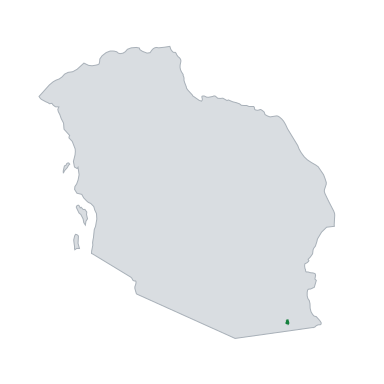 Bukoba Urban, Kagera, United Republic of Tanzania (highlighted), rotated 172°
{"feature_id": "72390352B77165247512892", "entity_name": "Bukoba Urban", "entity_type": "district", "adm_level": 2, "iso_a3": "TZA", "parent_name": "United Republic of Tanzania", "parent_adm1": "Kagera", "projection": "robinson", "projection_center": [31.824, -1.321], "detail": "fine", "context": "in_parent", "style": "filled", "palette": "green", "viewbox_px": 384, "rotation_deg": 172, "n_neighbors": 0, "source": "geoboundaries", "source_scale": "gbopen_adm2", "svg_char_len": 4473}
<svg xmlns="http://www.w3.org/2000/svg" viewBox="0 0 384 384"><g transform="rotate(172 192 192)"><path d="M143.2,278.1L139.2,275.7L135.5,274.2L132.5,272.6L131.1,271.0L128.3,270.4L125.9,270.1L123.6,268.7L119.0,268.1L118.5,267.1L118.4,265.0L117.6,264.4L115.9,263.8L114.1,263.9L113.0,264.2L112.3,264.0L110.8,262.7L109.4,261.1L108.9,258.5L106.7,256.8L104.3,255.5L97.5,255.6L96.4,255.2L94.8,253.9L92.9,251.7L91.4,249.3L90.0,245.9L88.6,241.3L80.8,223.2L80.0,219.7L78.5,215.9L76.0,211.2L73.3,207.8L69.7,204.6L65.7,201.5L63.5,199.4L59.3,190.8L58.4,186.8L57.7,182.7L58.0,181.0L60.6,175.7L60.9,174.1L60.6,172.1L59.3,167.9L57.6,162.7L54.3,153.3L53.8,150.9L53.9,149.1L55.8,139.6L55.8,138.2L63.6,138.4L69.3,134.2L74.3,128.0L75.3,125.4L77.3,121.3L79.3,119.3L80.1,118.0L81.2,114.0L83.8,111.2L86.4,109.2L85.8,107.7L86.2,107.2L87.6,106.1L90.3,105.1L90.8,103.0L90.8,100.6L90.4,99.3L90.5,97.8L90.0,96.9L88.3,96.7L85.7,95.5L83.4,95.0L82.0,94.3L81.4,93.8L81.2,92.4L82.4,88.7L81.2,87.2L83.9,81.2L84.4,80.4L85.4,80.3L87.0,79.7L88.4,79.4L89.6,79.6L90.5,79.4L91.2,78.7L91.9,76.6L92.4,73.2L92.1,70.4L91.0,68.2L90.7,64.9L91.2,60.5L90.8,56.8L89.6,53.9L88.3,52.1L86.3,51.3L83.3,46.8L82.3,44.6L82.5,43.3L83.5,42.7L85.5,42.9L87.4,42.4L89.1,41.2L90.8,40.8L91.6,41.0L169.7,41.0L260.9,98.6L261.3,99.3L262.0,104.3L261.8,106.0L260.4,108.8L260.0,110.3L260.0,111.4L260.3,111.8L261.5,111.9L262.6,112.6L262.9,113.1L263.7,115.3L264.7,116.4L299.3,144.7L300.1,145.1L299.6,147.5L297.6,153.2L297.5,155.6L296.7,158.4L296.0,160.3L294.0,168.4L292.3,171.4L290.0,178.5L289.6,183.9L290.8,187.7L291.3,191.3L293.9,194.8L296.1,196.1L297.5,197.7L300.1,201.3L301.5,205.0L306.1,206.8L307.9,210.9L307.2,213.7L305.1,216.0L303.1,219.8L301.4,224.8L301.4,232.4L302.5,231.2L304.9,233.1L305.2,238.7L302.6,245.2L301.9,248.3L301.7,250.9L303.5,258.7L306.3,262.7L306.0,263.9L305.3,265.0L310.0,272.0L309.6,278.1L311.3,282.9L312.1,287.0L313.2,290.2L313.4,292.4L312.0,294.8L315.4,295.4L317.4,297.4L318.4,299.3L320.8,299.2L322.2,300.5L324.1,301.6L328.4,304.8L329.5,306.4L330.2,307.9L318.3,317.9L314.1,320.5L311.0,321.7L307.8,322.4L304.7,324.0L301.7,326.5L298.0,327.7L293.5,327.7L288.7,329.5L281.1,334.7L276.8,331.8L273.4,330.9L269.4,331.0L267.0,331.3L266.1,331.9L265.4,333.7L264.7,336.6L262.1,339.4L257.6,342.0L253.4,343.0L249.6,342.4L247.0,341.3L245.6,339.7L243.7,339.0L241.0,339.1L238.5,340.2L236.1,342.3L232.2,343.2L227.0,342.9L224.1,341.9L223.8,340.2L221.5,338.2L217.2,335.8L214.1,335.8L212.1,338.0L210.3,339.4L208.6,340.0L207.1,340.1L205.0,339.4L199.2,339.2L193.7,339.3L193.1,336.1L192.0,334.1L191.0,332.9L189.1,332.6L188.5,331.7L187.9,329.7L187.0,328.0L185.7,326.6L185.0,325.3L184.7,324.1L184.9,322.7L186.1,319.4L186.5,317.1L186.4,314.8L185.7,312.4L184.4,309.6L184.6,308.8L184.1,306.9L184.1,305.5L184.4,303.8L184.1,301.6L183.0,296.9L183.0,295.6L181.8,293.3L178.1,287.9L178.0,287.2L172.2,281.8L169.9,280.6L169.1,281.6L168.8,282.5L169.0,284.3L168.9,285.2L168.6,285.5L167.2,285.5L166.4,285.3L164.2,283.8L162.5,283.5L158.3,283.7L156.8,284.1L155.6,283.7L153.4,281.2L150.8,280.7L148.4,280.6L144.6,277.7L143.2,278.1ZM306.8,186.9L308.7,192.9L308.4,194.0L307.1,194.7L306.4,194.8L305.5,193.8L304.9,191.8L303.9,192.3L302.2,189.8L300.5,189.7L299.0,186.8L299.6,184.3L299.2,180.0L301.1,177.8L302.2,174.1L303.4,176.7L303.6,180.6L305.2,185.2L306.8,186.9ZM316.1,151.1L316.2,152.5L315.9,153.9L315.9,158.1L315.8,161.0L314.3,164.9L313.2,166.3L312.1,165.9L311.3,165.2L310.6,164.2L312.0,157.0L311.3,151.7L314.0,152.2L316.1,151.1ZM311.9,237.7L310.6,238.1L310.0,237.8L309.2,236.6L310.6,235.6L312.0,233.6L315.3,230.8L316.8,228.5L316.6,230.7L314.7,235.6L313.2,235.9L311.9,237.7Z" fill="#d9dde1" stroke="#a8b0b8" stroke-width="1"/><path d="M115.8,51.7L115.8,51.4L115.8,51.2L115.7,51.2L115.8,51.1L115.8,50.9L115.8,50.7L116.0,50.6L116.2,50.4L116.3,50.4L116.4,50.2L116.4,50.3L116.4,50.2L116.5,50.1L116.6,49.9L116.5,49.7L116.7,49.4L116.8,49.4L116.8,49.2L116.9,48.9L116.7,48.8L116.4,48.9L116.4,49.0L116.2,48.9L116.0,48.7L116.0,48.4L115.9,48.4L115.8,48.5L115.7,48.7L115.4,48.7L115.3,48.8L115.3,48.7L115.2,48.6L115.1,48.4L114.9,48.3L114.9,48.2L114.8,48.3L114.8,48.5L114.7,48.7L114.6,48.8L114.6,49.0L114.6,49.3L114.6,49.5L114.7,49.8L114.7,50.0L114.7,50.3L114.8,50.4L114.9,50.5L114.9,50.8L114.9,51.0L114.9,51.3L114.9,51.5L115.0,51.6L115.0,51.8L115.3,51.8L115.3,51.7L115.4,51.8L115.5,51.8L115.7,51.7L115.8,51.7L115.8,51.7ZM116.6,50.9L116.5,51.0L116.7,50.9L116.6,50.9ZM117.1,49.3L117.1,49.2L117.1,49.3L117.1,49.3Z" fill="#22c55e" stroke="#15803d" stroke-width="1.5"/></g></svg>